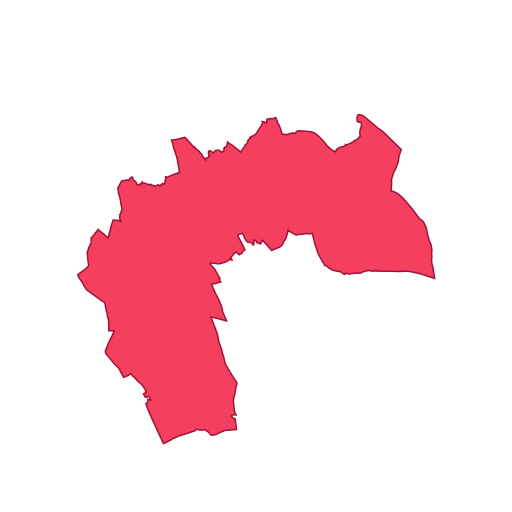 Marnardal nor, Vest-Agder, Norway, rotated 61°
{"feature_id": "86288312B41344454307945", "entity_name": "Marnardal nor", "entity_type": "district", "adm_level": 2, "iso_a3": "NOR", "parent_name": "Norway", "parent_adm1": "Vest-Agder", "projection": "robinson", "projection_center": [7.526, 58.305], "detail": "fine", "context": "isolated", "style": "filled", "palette": "rose", "viewbox_px": 512, "rotation_deg": 61, "n_neighbors": 0, "source": "geoboundaries", "source_scale": "gbopen_adm2", "svg_char_len": 6120}
<svg xmlns="http://www.w3.org/2000/svg" viewBox="0 0 512 512"><g transform="rotate(61 256 256)"><path d="M185.8,420.6L186.7,421.2L189.6,421.4L190.0,421.2L196.9,420.7L198.3,420.9L203.4,420.6L219.4,413.1L223.5,410.9L232.4,413.8L234.2,413.8L235.5,414.8L240.7,416.1L248.0,419.8L250.0,421.1L252.7,416.3L255.9,420.4L259.9,426.2L265.9,433.8L268.2,434.7L281.3,432.3L287.8,430.4L297.9,430.7L298.2,429.1L298.5,425.6L298.4,423.1L298.7,422.2L301.1,422.1L303.1,421.2L307.6,420.3L313.1,418.2L315.1,417.9L319.4,417.7L321.7,417.9L321.6,418.8L322.1,419.7L321.9,421.2L325.3,421.4L326.5,420.2L326.7,418.2L327.1,417.8L330.9,417.7L330.8,418.1L328.9,420.1L330.2,420.2L330.2,420.6L330.8,421.5L331.5,422.1L331.7,423.5L332.5,423.6L332.4,424.1L338.5,425.0L349.1,426.0L375.2,427.9L375.2,427.3L375.4,426.8L375.2,426.6L375.4,426.2L375.6,419.9L375.4,417.3L375.9,413.4L376.0,410.3L377.8,402.2L379.3,393.9L378.6,392.7L378.9,391.8L380.3,390.4L381.9,388.1L383.0,385.1L386.6,383.2L390.8,382.1L391.2,381.8L392.8,377.7L392.9,373.4L393.5,367.7L398.3,357.2L388.6,353.2L387.9,353.9L387.2,354.0L386.8,354.6L384.1,355.1L384.0,354.5L383.7,354.1L383.8,353.6L384.6,351.4L385.4,350.5L381.2,350.1L371.2,345.8L365.0,340.2L360.6,336.8L360.2,336.2L358.3,334.5L357.4,334.2L346.9,334.9L335.7,335.2L327.8,333.0L324.1,332.4L322.3,331.7L312.7,330.0L305.2,327.5L287.6,325.0L289.7,322.4L298.5,313.2L288.4,312.2L286.2,311.2L281.1,310.3L275.9,309.7L269.2,309.6L259.1,308.6L259.5,307.1L260.3,305.1L261.6,299.3L260.4,299.7L258.5,299.6L258.5,298.4L247.2,298.5L240.5,300.1L240.1,299.7L240.1,299.1L243.3,294.4L244.3,293.3L245.4,290.8L246.4,286.3L246.7,281.9L246.1,279.9L248.7,278.9L244.9,278.9L244.7,277.7L243.7,275.0L243.3,274.4L243.1,271.4L246.8,270.1L246.7,266.8L245.5,265.0L245.4,262.8L243.1,262.5L231.3,262.1L229.0,261.8L229.1,259.2L229.6,257.0L231.3,256.9L236.8,257.3L239.8,256.6L240.2,256.3L242.1,253.4L243.9,253.4L245.2,252.8L243.2,251.1L241.1,250.4L241.4,249.9L241.3,249.6L242.6,248.8L243.7,248.5L245.1,248.6L245.1,248.3L247.6,246.2L247.1,245.3L246.2,244.6L245.8,243.5L246.1,243.4L245.5,242.6L258.8,239.6L259.0,238.8L258.7,238.0L259.0,237.0L259.3,233.6L259.7,231.5L259.5,229.3L259.0,227.6L257.7,225.5L256.3,224.1L256.0,222.7L254.5,220.6L249.2,215.5L250.1,215.7L251.0,214.5L256.6,211.1L257.3,210.5L257.7,208.5L258.2,207.4L258.8,206.6L261.0,200.5L261.6,200.1L262.8,198.2L263.2,196.0L263.4,195.7L274.1,198.7L276.2,199.0L283.9,200.5L287.4,200.6L297.1,200.4L297.6,200.6L299.0,198.7L300.7,198.6L305.4,196.0L308.1,193.1L311.1,189.4L314.0,188.3L315.2,187.1L315.3,186.8L314.7,186.2L314.8,185.3L316.7,183.7L319.3,177.2L321.8,172.6L321.6,170.5L323.0,165.4L323.5,164.2L324.0,163.5L324.7,163.0L325.1,161.9L325.6,161.6L326.4,160.3L326.6,159.4L326.5,158.4L327.2,158.5L329.5,154.8L334.3,146.0L338.4,139.3L342.7,131.0L344.4,128.6L351.3,120.8L362.2,110.7L351.8,106.8L347.0,105.5L344.5,104.3L341.3,102.2L338.9,101.3L338.0,100.5L335.3,98.9L331.3,97.5L326.0,96.9L318.1,94.9L313.9,93.4L307.8,93.0L305.9,93.4L302.4,94.9L290.7,96.5L276.2,99.5L270.6,101.6L269.0,102.5L266.6,104.2L265.0,105.7L264.5,106.5L262.4,104.8L258.1,102.1L254.6,100.3L251.3,96.7L250.4,96.0L247.1,91.1L242.7,86.0L237.7,82.2L233.3,77.3L208.7,84.7L202.2,87.8L193.1,91.2L185.6,94.2L184.2,95.2L182.3,97.2L182.1,97.7L182.1,98.4L183.2,100.0L185.7,101.5L186.7,102.0L187.8,102.0L188.6,101.6L188.8,101.1L189.4,100.6L189.7,99.4L191.2,99.6L193.6,100.9L195.6,103.2L197.8,105.1L200.8,106.5L201.7,106.6L202.3,108.9L202.8,110.2L203.2,113.9L202.6,114.3L203.4,115.0L203.0,121.2L202.7,123.6L202.0,123.6L202.5,124.7L202.6,126.6L201.6,129.8L201.6,132.3L202.0,134.0L203.3,136.2L201.0,137.5L200.3,138.2L194.9,140.1L185.8,141.9L179.7,143.8L176.4,145.4L174.0,147.6L169.6,154.0L166.9,158.5L166.8,159.7L167.2,161.3L168.0,162.4L166.1,164.2L164.7,169.7L164.6,170.9L163.0,172.4L162.4,174.1L155.3,172.7L151.4,172.3L150.6,172.8L148.0,172.0L144.4,171.6L144.0,175.2L143.5,175.6L143.1,177.0L142.6,177.1L142.7,177.6L142.4,177.7L142.5,178.0L142.4,178.5L141.8,179.7L142.2,180.1L141.9,180.4L145.0,182.1L144.2,183.0L142.9,183.4L141.4,185.3L142.3,185.6L144.8,188.4L146.4,191.8L149.3,197.1L149.5,198.3L149.2,203.4L150.1,203.9L150.2,204.1L149.8,204.3L150.6,205.4L150.8,206.6L151.2,207.5L153.4,209.0L153.5,211.5L154.2,212.1L157.6,218.9L146.8,223.4L144.7,224.8L142.6,225.5L145.8,228.6L145.7,230.2L145.8,231.2L146.5,231.7L146.5,232.0L148.6,233.1L148.3,234.7L148.7,235.8L146.3,236.7L145.6,237.2L145.0,237.8L144.2,239.8L144.3,241.0L145.1,243.5L141.5,245.1L141.4,246.4L141.6,246.8L143.4,248.1L145.6,248.1L145.6,248.8L146.2,248.9L146.5,249.8L146.3,251.9L146.4,252.8L147.4,253.7L144.7,254.0L144.4,254.3L140.6,254.1L138.7,254.8L136.7,254.9L136.1,255.3L136.1,255.5L133.7,256.2L132.8,256.8L130.7,256.8L129.8,258.0L129.1,257.9L117.7,260.6L115.3,269.9L114.3,272.0L113.7,273.8L115.6,274.0L118.8,274.7L121.4,275.6L123.6,275.8L132.8,277.8L146.3,282.5L145.3,283.9L145.6,285.2L145.2,285.6L145.0,286.4L145.2,287.2L144.8,287.7L144.0,295.6L142.8,296.7L143.4,297.0L144.2,296.9L144.9,298.0L145.8,298.5L146.0,299.0L146.8,299.3L148.5,300.8L148.7,301.2L147.5,301.9L147.3,302.2L147.4,303.1L148.4,303.5L148.3,303.8L147.5,304.4L147.7,304.8L148.4,306.0L148.2,306.3L146.4,306.7L146.0,309.6L146.1,310.5L144.7,311.4L143.3,312.9L142.1,313.4L142.2,313.8L142.6,313.9L139.7,317.0L138.4,317.8L137.3,319.6L136.1,319.6L136.5,320.5L137.5,320.9L136.7,322.7L137.3,323.0L137.2,323.9L135.5,325.5L134.0,325.1L132.5,325.2L130.6,326.5L127.1,325.8L126.7,326.7L127.0,328.9L128.2,329.8L127.4,331.0L125.2,337.0L129.6,344.0L133.6,345.4L133.9,345.8L134.9,345.8L136.4,346.3L138.7,346.7L144.7,348.6L145.1,349.0L149.5,350.2L151.2,351.5L151.5,352.2L153.5,354.0L153.7,355.1L154.5,355.2L155.9,356.5L157.7,357.1L160.3,357.4L158.3,358.8L158.5,359.2L157.0,360.6L155.3,363.5L161.0,369.7L162.5,370.7L164.1,372.3L164.1,372.5L168.6,376.6L162.2,378.8L159.3,380.2L156.2,381.2L156.5,381.6L156.9,382.7L157.5,384.0L157.8,385.3L159.2,387.9L159.1,388.4L159.8,389.2L160.1,390.0L160.0,390.6L160.4,391.6L160.6,391.5L164.7,393.8L164.9,394.6L166.6,396.6L167.6,398.4L169.8,400.2L170.2,400.7L170.0,400.9L170.6,401.2L171.7,402.4L172.0,402.3L178.0,405.0L183.5,407.1L184.7,411.7L185.8,420.6Z" fill="#f43f5e" stroke="#9f1239" stroke-width="1.5"/></g></svg>